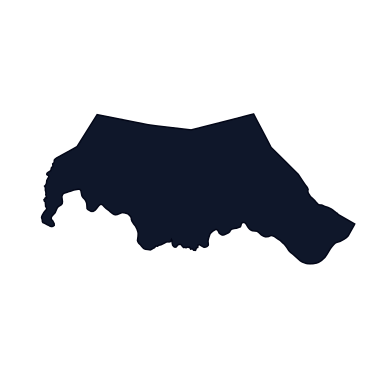 the district of Campo Alegre de Lourdes, Bahia, Brazil, rotated 168°
{"feature_id": "56859067B47282547771310", "entity_name": "Campo Alegre de Lourdes", "entity_type": "district", "adm_level": 2, "iso_a3": "BRA", "parent_name": "Brazil", "parent_adm1": "Bahia", "projection": "mercator", "projection_center": [-43.073, -9.544], "detail": "fine", "context": "isolated", "style": "filled", "palette": "ink", "viewbox_px": 384, "rotation_deg": 168, "n_neighbors": 0, "source": "geoboundaries", "source_scale": "gbopen_adm2", "svg_char_len": 3934}
<svg xmlns="http://www.w3.org/2000/svg" viewBox="0 0 384 384"><g transform="rotate(168 192 192)"><path d="M216.2,143.5L214.4,143.2L213.4,142.6L213.0,141.5L212.6,140.6L211.7,139.4L210.6,139.4L209.4,138.7L208.0,139.1L207.1,138.6L206.1,138.8L205.1,136.3L203.5,136.5L202.5,134.7L200.7,134.2L199.3,136.4L197.9,136.6L197.2,138.8L195.7,139.0L193.5,136.9L191.7,135.4L190.0,135.3L188.6,135.6L187.2,136.5L186.9,137.5L186.6,140.4L186.2,141.6L185.3,143.5L183.2,147.1L182.3,147.9L180.0,149.3L176.9,150.4L175.8,150.2L174.9,149.5L174.3,147.8L173.9,146.0L172.0,144.0L171.0,143.5L169.7,143.4L168.2,143.7L164.8,144.5L163.5,145.2L162.2,146.7L161.2,147.2L160.2,147.5L158.7,147.5L157.6,147.5L156.0,147.3L151.9,147.9L150.9,149.5L150.3,150.9L148.6,151.7L147.0,151.2L146.3,150.4L145.6,149.1L144.7,146.3L143.9,144.6L143.2,143.5L142.3,142.5L141.1,141.6L136.5,140.1L135.0,138.4L133.1,135.6L131.3,134.0L130.4,133.4L129.2,132.8L126.4,132.5L124.6,132.9L123.6,133.0L122.6,132.6L121.8,132.1L120.8,131.5L117.8,128.2L115.8,126.3L113.8,123.3L112.6,121.8L111.5,119.6L110.6,117.6L109.5,114.6L108.2,112.5L106.4,110.4L100.4,102.2L98.7,100.6L95.2,98.4L93.4,97.7L90.7,97.1L88.4,96.7L85.0,96.6L82.8,96.9L79.5,98.1L75.5,100.5L72.7,103.2L68.4,107.8L66.2,109.7L64.2,111.2L62.4,112.3L61.1,112.6L60.0,112.7L57.4,112.9L53.1,114.2L50.4,115.3L48.4,116.6L40.6,125.5L39.5,126.9L53.8,139.7L54.2,140.8L55.1,141.5L56.2,142.9L57.0,143.8L58.1,145.2L59.4,146.5L60.3,147.2L61.2,147.9L62.4,148.8L63.9,149.6L65.3,150.4L66.7,151.5L67.8,152.3L69.8,152.8L71.0,153.4L71.8,154.7L72.6,156.1L73.2,156.9L73.6,158.0L74.5,159.3L75.5,160.8L76.4,162.0L77.1,162.9L77.6,164.4L78.1,165.6L78.6,167.3L78.5,169.0L77.9,170.4L78.2,172.1L78.8,173.7L79.4,174.7L81.5,179.8L84.4,187.2L91.1,197.4L93.6,201.3L105.4,219.2L107.6,227.3L110.5,237.7L113.4,247.8L115.5,255.5L119.3,255.4L138.7,254.5L179.9,252.9L184.7,254.5L213.1,264.1L219.5,266.4L221.6,267.2L268.7,287.4L295.0,260.3L299.7,258.8L305.3,257.1L309.3,255.9L317.0,253.6L319.0,252.7L320.1,251.8L320.3,250.9L320.8,249.4L322.4,248.5L322.6,246.7L323.0,245.4L324.2,245.3L324.8,244.2L325.3,243.0L325.9,242.2L327.2,241.7L328.8,241.1L330.0,240.4L330.4,239.2L329.4,238.2L328.7,237.4L329.2,236.2L330.1,235.4L330.8,234.5L331.7,233.4L332.2,231.8L332.5,230.8L333.3,229.7L334.0,228.9L335.0,228.4L334.6,227.2L334.7,225.8L335.1,224.3L335.0,222.9L335.1,221.1L335.6,219.9L335.5,218.7L335.5,217.7L335.5,216.5L336.7,216.8L337.4,215.9L338.4,215.3L338.3,213.8L337.5,212.6L337.8,211.3L337.9,210.1L338.2,208.4L337.8,207.4L337.5,206.1L338.1,205.1L339.4,204.2L340.4,203.4L341.2,202.7L342.1,201.7L343.1,200.6L344.0,199.4L344.5,198.1L344.3,196.8L344.3,195.6L344.5,194.3L344.2,193.1L342.5,191.9L340.2,189.9L339.0,189.1L337.9,188.0L336.6,187.4L335.3,187.3L333.7,188.0L333.4,189.7L334.3,192.9L335.3,194.4L335.0,196.3L333.9,197.6L330.2,200.2L327.6,203.9L326.7,204.9L325.3,205.7L322.7,206.6L321.4,207.6L320.7,209.5L320.3,214.5L319.0,216.6L317.5,217.4L314.1,217.7L312.4,218.0L310.7,218.0L307.5,218.5L305.9,218.5L302.3,218.3L300.9,217.7L300.4,216.3L300.5,211.8L300.3,210.5L299.6,208.9L298.3,206.9L297.6,204.6L297.4,202.8L297.6,200.9L298.1,197.6L297.5,196.5L294.7,194.0L292.8,193.6L291.5,194.0L290.5,194.4L289.0,195.5L286.3,197.8L285.1,198.6L284.1,198.9L283.1,198.7L282.2,198.1L280.7,195.6L279.4,193.7L276.8,190.8L276.2,189.8L274.2,187.4L272.9,186.2L271.6,185.6L269.8,185.5L264.7,186.4L262.5,185.7L259.6,184.2L258.8,183.4L257.1,180.7L256.8,179.1L257.0,177.8L256.8,175.9L256.2,174.4L255.8,173.1L254.4,170.4L253.5,167.0L253.4,165.8L253.2,164.4L253.3,162.6L254.0,159.9L255.4,156.0L255.3,154.7L254.8,153.1L254.3,152.3L253.4,151.1L252.6,149.4L251.1,146.9L250.1,146.1L249.2,145.6L246.8,144.8L244.7,144.0L243.0,144.5L241.7,145.0L240.3,145.3L238.5,146.7L237.0,146.1L235.7,146.8L233.4,146.8L229.8,147.7L227.5,148.4L226.2,148.3L224.6,147.9L223.3,148.0L222.0,149.8L221.7,148.4L222.0,146.1L222.0,144.0L221.3,142.6L220.6,141.8L219.2,141.4L216.2,143.5Z" fill="#0f172a" stroke="#020617" stroke-width="1.5"/></g></svg>